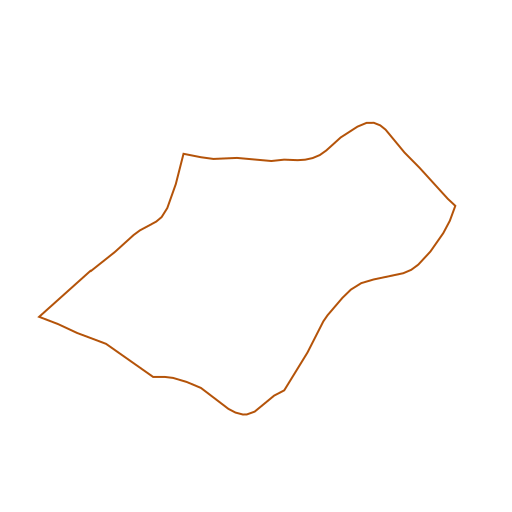 the border of Ulaanbaatar, rotated 307°
{"feature_id": "MNG-3331", "entity_name": "Ulaanbaatar", "entity_type": "Municipality", "adm_level": 1, "iso_a3": "MNG", "parent_name": "Mongolia", "parent_adm1": "", "projection": "albers", "projection_center": [106.992, 47.946], "detail": "fine", "context": "isolated", "style": "outline", "palette": "amber", "viewbox_px": 512, "rotation_deg": 307, "n_neighbors": 0, "source": "natural_earth", "source_scale": "10m", "svg_char_len": 880}
<svg xmlns="http://www.w3.org/2000/svg" viewBox="0 0 512 512"><g transform="rotate(307 256 256)"><path d="M76.9,119.4L145.4,132.9L143.9,133.0L174.4,140.9L199.0,145.6L206.7,147.9L223.4,155.6L230.3,157.2L240.9,156.3L265.1,148.7L294.0,136.6L301.7,152.5L307.9,163.6L322.9,181.8L341.1,211.1L349.9,220.5L357.6,231.6L362.5,237.3L368.3,242.3L375.0,246.2L382.5,248.6L401.7,252.3L420.4,259.2L428.9,264.2L433.3,270.0L435.1,276.6L434.9,283.4L428.0,312.3L424.9,333.4L417.1,374.7L416.0,385.0L400.8,389.6L387.0,391.8L364.5,392.6L346.8,390.8L338.4,388.3L330.9,384.0L308.1,364.1L297.7,356.4L286.3,352.0L274.6,350.2L251.8,348.8L244.4,349.1L209.9,355.2L165.7,359.4L155.4,354.5L130.9,348.6L123.9,344.0L121.5,340.9L118.6,333.8L117.3,325.9L117.5,291.5L113.7,276.5L108.7,263.1L104.7,256.2L97.5,246.6L95.6,189.1L86.9,159.6L82.5,138.9L76.9,119.4Z" fill="none" stroke="#b45309" stroke-width="2"/></g></svg>